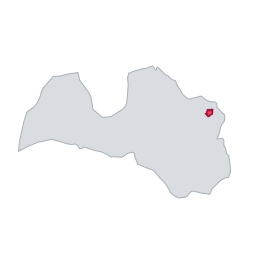 Mālupes pag., Aluksne, Latvia shown in context, rotated 6°
{"feature_id": "27541924B23418807061987", "entity_name": "Mālupes pag.", "entity_type": "district", "adm_level": 2, "iso_a3": "LVA", "parent_name": "Latvia", "parent_adm1": "Aluksne", "projection": "albers", "projection_center": [27.242, 57.317], "detail": "fine", "context": "in_parent", "style": "filled", "palette": "rose", "viewbox_px": 256, "rotation_deg": 6, "n_neighbors": 0, "source": "geoboundaries", "source_scale": "gbopen_adm2", "svg_char_len": 3238}
<svg xmlns="http://www.w3.org/2000/svg" viewBox="0 0 256 256"><g transform="rotate(6 128 128)"><path d="M186.5,192.4L184.9,192.1L180.7,190.4L177.1,187.9L175.0,184.5L171.4,180.0L169.0,177.6L165.2,174.6L159.0,168.6L156.7,167.2L145.5,164.3L141.5,163.0L138.0,156.2L136.9,152.3L135.1,151.5L133.0,152.3L130.8,153.0L125.6,157.3L123.9,157.9L120.8,157.8L113.4,158.5L110.2,156.7L104.5,154.6L101.4,154.2L98.6,154.1L86.4,151.6L84.0,153.4L81.7,153.6L79.7,150.5L77.0,149.4L73.9,150.3L68.4,150.0L62.0,148.6L53.7,147.3L52.5,147.5L43.0,150.7L40.6,151.2L30.0,157.0L21.5,162.6L21.5,152.5L23.8,132.4L25.9,122.6L31.8,117.3L34.9,113.0L37.0,107.1L38.0,101.6L39.5,97.0L48.3,84.5L54.5,83.5L63.0,80.5L72.4,78.1L73.9,82.1L74.6,85.1L85.1,96.7L87.7,100.5L91.3,113.2L101.4,120.1L109.8,118.5L113.5,115.6L120.3,110.3L123.4,106.2L124.2,102.3L123.7,85.1L122.3,77.7L123.1,73.1L124.2,73.3L127.1,71.2L136.2,67.5L138.0,67.3L140.1,66.6L145.8,63.6L147.6,65.3L149.0,67.3L149.9,67.3L150.3,66.6L150.2,65.4L150.6,64.5L152.2,65.1L158.7,70.4L161.1,71.7L162.9,72.1L164.9,74.5L170.4,76.2L171.1,77.5L171.5,79.1L176.7,85.7L179.0,89.0L183.7,92.1L185.7,92.9L193.9,89.9L196.2,88.8L198.1,88.8L200.0,90.4L204.4,92.6L208.4,93.3L209.2,93.1L212.5,93.3L213.7,94.2L214.5,98.4L218.4,101.6L222.0,104.3L222.9,105.6L223.2,108.0L223.0,110.9L222.6,112.4L221.1,114.1L219.8,118.4L219.7,122.5L217.6,129.5L218.1,129.7L222.5,128.4L223.7,129.1L224.7,130.6L225.1,135.1L226.5,137.1L228.0,140.2L228.5,142.6L231.4,145.4L231.6,147.3L233.4,153.9L234.1,157.7L234.5,160.6L233.7,164.4L233.0,166.9L232.1,166.8L229.5,167.5L225.5,170.6L219.5,177.8L218.0,179.4L216.4,184.9L216.1,185.5L212.5,185.2L211.6,185.1L208.0,185.2L200.3,183.8L197.3,184.7L193.4,190.2L191.9,191.0L187.3,191.8L186.5,192.4Z" fill="#d9dde1" stroke="#a8b0b8" stroke-width="1"/><path d="M209.1,100.7L209.1,101.0L209.0,101.6L208.5,101.4L208.4,101.4L208.2,101.4L207.9,101.4L207.9,101.5L207.7,101.6L207.5,101.8L207.4,101.9L207.2,101.8L207.0,101.5L206.7,101.3L206.6,101.5L206.5,101.8L206.4,101.9L206.3,101.7L206.2,101.7L206.2,101.8L206.2,101.7L206.2,101.8L206.2,101.7L205.9,101.6L205.8,101.4L205.7,101.4L205.7,101.5L205.4,101.6L205.2,101.7L205.3,101.8L205.3,102.0L205.4,102.4L205.3,102.5L205.2,102.6L204.9,103.0L205.0,103.1L205.0,103.3L204.9,103.4L204.9,103.5L204.7,103.7L204.7,103.8L204.6,104.0L204.7,104.3L204.6,104.5L204.5,104.8L204.4,105.1L204.5,105.2L204.6,105.3L204.8,105.4L204.9,105.5L205.0,105.5L204.9,105.5L205.0,105.5L204.9,105.6L204.8,105.8L204.7,105.9L204.8,105.9L204.7,105.8L204.6,106.0L204.5,105.9L204.4,105.9L204.5,105.9L204.5,106.0L204.4,106.0L204.4,105.9L204.3,106.0L204.2,106.0L204.3,106.1L204.2,106.1L204.7,106.7L204.8,106.8L205.0,107.0L205.5,107.3L206.2,107.9L206.3,108.1L206.5,108.0L206.6,107.9L206.9,107.9L206.9,108.0L207.0,108.1L207.4,107.9L207.5,107.9L207.6,107.7L207.5,107.4L207.7,107.2L207.8,107.1L208.1,106.9L208.3,106.7L208.4,106.4L208.5,106.4L208.8,106.3L209.1,106.2L209.3,106.1L209.6,105.6L210.2,105.4L210.4,105.3L210.4,104.9L210.4,104.6L210.4,104.0L210.4,103.9L210.4,103.5L210.4,103.4L210.4,103.2L210.3,102.8L210.3,102.7L210.2,102.6L210.2,102.4L209.4,102.4L209.5,102.0L209.5,101.8L209.8,101.4L210.0,101.1L210.3,101.0L210.3,100.9L209.8,100.9L209.5,100.8L209.1,100.7Z" fill="#f43f5e" stroke="#9f1239" stroke-width="1.5"/></g></svg>